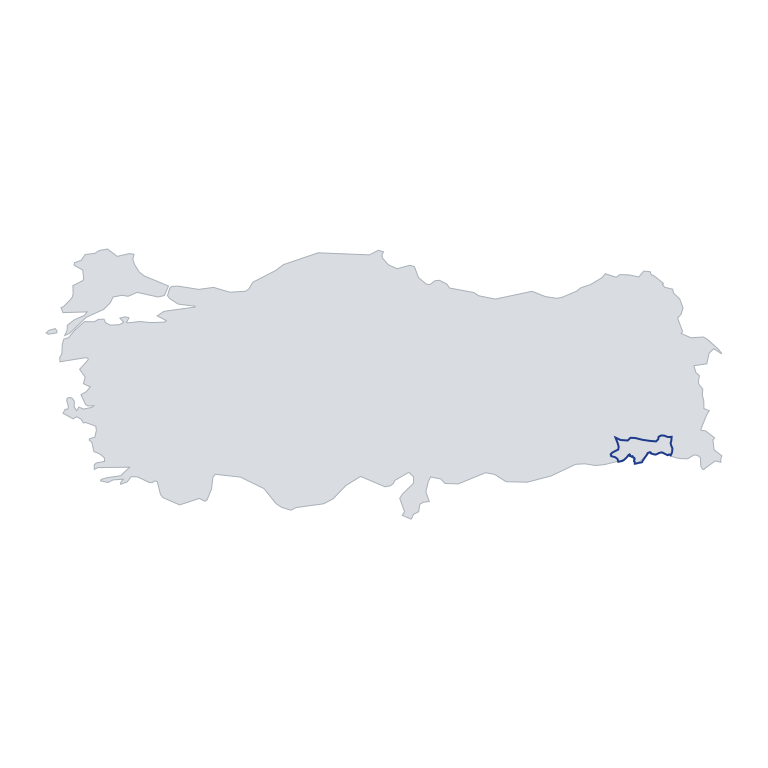 Sirnak highlighted on a map of Turkey
{"feature_id": "TUR-3044", "entity_name": "Sirnak", "entity_type": "Province", "adm_level": 1, "iso_a3": "TUR", "parent_name": "Turkey", "parent_adm1": "", "projection": "robinson", "projection_center": [42.613, 37.438], "detail": "fine", "context": "in_parent", "style": "outline", "palette": "blue", "viewbox_px": 768, "rotation_deg": 0, "n_neighbors": 0, "source": "natural_earth", "source_scale": "10m", "svg_char_len": 4848}
<svg xmlns="http://www.w3.org/2000/svg" viewBox="0 0 768 768"><path d="M605.3,273.7L616.3,277.3L619.9,274.6L629.9,275.0L638.8,277.0L643.7,271.1L650.1,271.7L651.3,274.8L654.2,275.9L663.5,283.5L662.5,284.5L664.7,287.3L672.7,289.2L673.5,293.1L679.7,298.9L683.0,307.9L681.1,314.2L677.6,318.1L682.6,331.6L681.1,333.4L690.9,337.8L703.1,337.0L707.0,339.0L718.9,349.7L721.9,353.9L713.7,348.8L709.1,353.2L706.8,363.8L693.9,365.7L695.9,372.6L699.4,375.7L698.3,382.2L699.2,384.8L702.8,389.1L702.3,394.9L703.8,401.1L703.9,408.5L709.3,410.8L706.9,414.2L700.9,429.2L701.3,430.4L705.4,430.8L714.5,437.8L712.9,440.0L714.0,449.7L721.9,455.9L720.7,459.1L720.9,462.3L715.2,460.9L703.7,469.4L702.4,469.2L700.8,466.2L700.4,457.7L697.6,455.4L694.0,454.9L687.7,458.8L682.0,458.7L676.2,457.9L661.1,452.6L655.5,454.4L649.7,452.4L638.3,462.9L634.9,463.8L633.2,458.5L629.3,455.6L624.2,459.6L604.7,464.6L595.7,465.5L584.8,463.8L575.7,464.3L550.9,476.0L527.2,482.2L506.1,481.7L494.6,474.4L485.6,472.7L458.3,483.9L445.1,483.5L440.7,478.9L430.6,477.0L428.3,481.4L425.9,491.9L429.3,501.6L423.5,502.2L419.8,504.3L418.7,511.6L413.4,514.4L411.5,518.9L410.6,519.0L402.2,515.3L404.6,511.8L399.7,498.3L402.4,494.1L413.6,483.2L413.5,476.8L408.9,472.3L394.8,480.4L393.4,483.5L390.2,485.9L385.0,486.8L360.6,476.4L345.8,485.6L333.0,498.9L323.5,503.8L295.9,507.6L291.0,510.2L281.7,507.4L276.2,503.8L264.0,488.6L240.5,477.1L215.2,474.3L212.9,477.2L211.5,489.0L207.0,500.0L204.8,501.2L199.4,498.4L179.6,504.9L163.2,497.7L160.5,494.5L157.3,481.7L154.9,480.8L152.2,482.6L149.4,482.5L137.7,477.0L131.3,476.6L127.1,482.0L120.7,484.3L120.6,482.7L123.3,479.2L113.2,479.9L107.8,482.5L100.6,480.9L101.2,479.4L107.1,477.7L120.7,475.7L129.6,467.2L97.6,467.6L94.4,469.5L94.2,465.1L96.1,463.0L104.6,461.4L104.3,457.7L99.4,453.7L93.9,451.6L91.9,442.4L89.1,440.0L89.6,438.7L94.9,437.1L96.4,430.3L95.8,426.2L85.7,422.5L83.4,422.9L81.1,419.3L76.8,416.7L73.1,418.8L63.0,413.3L65.2,409.2L67.8,409.3L68.4,406.2L66.7,400.9L67.1,398.3L69.4,397.5L71.9,398.0L74.3,401.2L74.2,407.1L76.8,410.7L78.9,407.1L83.6,409.1L92.1,407.3L93.9,405.7L87.7,405.9L85.5,404.4L81.0,394.6L86.3,391.7L90.3,386.9L83.4,383.7L85.2,377.0L79.6,369.4L88.3,359.6L87.9,358.2L85.4,357.7L59.9,361.8L59.8,357.4L61.9,353.6L62.3,344.3L63.7,339.2L68.5,337.7L74.7,330.3L84.6,321.6L94.3,321.8L98.3,319.4L104.0,319.2L105.5,322.7L110.4,325.1L119.3,324.7L123.7,322.4L119.9,318.1L125.0,316.8L129.0,317.8L126.5,322.5L127.7,322.9L139.3,321.5L151.2,322.6L164.5,322.1L166.3,320.6L157.2,315.9L163.4,311.7L166.9,310.9L194.9,307.1L195.1,306.2L178.2,304.1L169.7,298.6L167.5,295.6L169.7,288.3L171.7,286.4L177.8,286.1L198.6,289.4L213.6,287.4L229.7,292.2L245.3,291.3L248.7,289.1L252.9,282.2L275.5,270.6L283.5,264.6L318.2,252.8L369.3,254.9L378.4,250.3L383.5,251.8L382.0,254.8L382.2,257.7L388.1,264.6L397.1,268.7L409.8,265.3L414.4,266.6L418.5,277.6L426.3,284.1L429.9,284.6L434.9,280.8L439.4,280.3L446.9,284.1L449.4,288.0L473.8,292.5L478.8,295.8L495.3,299.1L532.1,291.3L545.4,296.6L556.7,298.3L561.5,297.5L576.4,291.3L581.0,287.7L590.3,284.7L602.0,277.7L605.3,273.7ZM134.0,254.3L132.8,259.2L134.6,264.6L139.3,272.1L144.2,275.9L168.5,286.0L164.4,295.5L158.1,297.0L137.1,292.4L128.1,296.3L122.0,295.3L113.1,297.0L110.3,302.8L103.8,309.3L86.1,317.4L69.4,333.5L64.7,335.5L67.2,330.1L67.3,325.3L74.5,319.7L84.4,315.4L87.2,311.9L63.0,312.6L61.0,307.6L63.6,306.6L72.0,297.8L73.1,294.3L72.9,285.6L82.8,280.7L83.7,278.7L82.8,270.1L74.1,265.2L74.5,262.7L81.1,260.4L85.2,254.5L94.7,253.4L99.3,250.5L107.5,249.0L117.2,256.4L129.4,253.6L134.0,254.3ZM56.7,332.9L48.5,334.2L46.1,332.9L48.8,330.4L55.2,328.6L57.1,331.1L56.7,332.9Z" fill="#d9dde1" stroke="#a8b0b8" stroke-width="1"/><path d="M655.5,454.6L654.1,454.4L651.1,453.5L650.8,453.3L650.7,452.5L650.4,452.3L649.9,452.2L649.6,452.3L647.8,453.0L647.6,453.1L647.4,453.5L647.3,453.8L647.3,454.1L647.1,454.4L642.7,460.7L642.2,461.9L642.1,462.1L641.5,462.4L638.4,462.9L636.4,463.5L634.8,463.7L634.8,462.5L634.7,461.9L634.4,461.6L634.0,461.1L634.7,458.7L634.4,458.1L634.2,458.0L633.0,457.0L632.8,456.8L632.6,456.4L632.5,456.2L632.2,456.1L632.0,456.3L631.8,456.5L631.6,456.6L630.5,456.1L630.0,456.0L630.0,455.8L630.0,455.4L630.0,454.9L629.6,454.4L628.9,454.9L628.4,455.2L626.6,457.5L623.9,460.0L622.4,460.9L618.3,461.8L617.6,459.1L615.4,457.3L611.2,456.1L610.7,454.3L612.1,452.7L615.5,450.9L618.2,449.6L618.7,446.8L617.6,443.0L615.5,437.6L620.6,440.0L627.7,440.5L630.5,437.8L635.2,438.0L642.4,439.8L649.9,440.9L656.0,441.4L658.2,439.3L658.6,436.8L661.4,435.4L664.5,435.7L667.2,436.8L668.1,437.0L669.8,437.0L671.6,436.8L671.3,440.7L670.6,443.2L671.2,445.5L672.4,448.4L672.1,452.1L671.2,454.4L670.7,455.3L669.8,454.6L669.4,454.5L668.7,454.6L668.4,454.8L668.1,455.1L667.7,455.2L667.4,455.1L667.2,455.0L662.5,452.6L661.9,452.4L660.8,452.5L659.3,452.9L658.0,453.5L657.1,454.1L655.5,454.6Z" fill="none" stroke="#1e3a8a" stroke-width="2"/></svg>